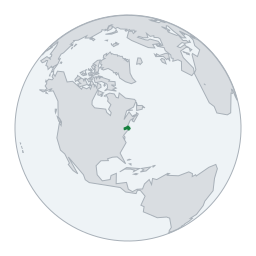 Massachusetts on an orthographic globe, rotated 336°
{"feature_id": "USA-3513", "entity_name": "Massachusetts", "entity_type": "State", "adm_level": 1, "iso_a3": "USA", "parent_name": "United States of America", "parent_adm1": "", "projection": "orthographic", "projection_center": [-70.926, 42.063], "detail": "fine", "context": "on_globe", "style": "filled", "palette": "green", "viewbox_px": 256, "rotation_deg": 336, "n_neighbors": 0, "source": "natural_earth", "source_scale": "10m", "svg_char_len": 10518}
<svg xmlns="http://www.w3.org/2000/svg" viewBox="0 0 256 256"><g transform="rotate(336 128 128)"><circle cx="128" cy="128" r="113" fill="#eef3f6" stroke="#a8b0b8"/><path d="M122.8,240.5L123.7,240.5L121.6,240.4L125.4,240.1L123.1,240.2L123.8,238.6L127.1,236.5L129.4,227.3L127.0,225.0L118.3,221.9L107.9,210.8L110.7,206.4L108.4,203.8L115.9,197.2L113.9,190.0L111.3,188.7L108.7,191.2L99.8,185.5L96.7,179.2L70.4,162.1L67.9,157.9L68.3,152.6L61.7,130.2L63.5,149.4L60.5,144.5L58.6,137.0L60.2,136.3L59.7,126.0L57.3,120.7L59.0,108.1L67.4,95.4L67.9,98.6L69.8,95.4L69.4,91.3L68.7,89.5L74.9,75.0L74.8,63.7L71.0,62.4L74.8,61.1L65.1,60.5L62.6,57.0L67.7,59.7L70.0,59.0L69.4,55.9L71.7,54.5L72.7,52.3L75.4,51.1L78.2,53.1L80.0,52.4L79.5,50.3L82.0,47.9L82.4,51.1L86.7,47.4L92.1,50.6L91.1,61.2L96.4,62.8L101.4,73.7L103.2,72.0L106.2,75.4L109.5,74.8L109.5,77.2L112.1,74.7L111.5,72.6L112.4,70.8L114.2,70.3L114.6,73.3L113.7,73.9L114.8,74.6L114.1,76.3L115.5,75.2L115.7,79.0L118.2,74.6L120.7,77.1L120.0,79.8L116.5,80.3L106.3,88.6L104.6,92.0L105.7,96.0L115.3,101.7L114.9,105.2L117.0,109.5L118.9,107.1L117.9,102.9L121.9,99.7L120.3,95.2L121.7,93.3L121.5,88.7L125.4,88.7L129.3,91.3L129.7,95.3L131.4,96.6L134.2,92.5L137.9,99.7L145.6,104.5L146.2,106.6L141.6,111.1L133.7,111.8L127.8,118.7L135.5,113.7L136.8,119.5L138.6,120.3L140.8,119.8L141.9,117.4L143.1,119.4L135.9,124.8L134.7,123.1L137.0,121.3L133.2,121.8L128.4,126.0L129.4,128.8L121.0,132.9L121.6,135.0L120.2,137.3L119.7,133.5L120.3,140.6L110.6,147.7L111.3,159.7L106.4,150.0L102.1,148.4L96.8,147.8L96.8,149.8L89.9,146.9L83.5,149.5L80.8,158.2L83.0,165.8L90.7,167.8L93.2,164.5L98.9,164.7L94.5,174.1L104.5,177.1L103.4,184.1L106.2,188.0L111.3,187.6L116.5,189.6L120.3,185.8L126.4,183.7L126.5,189.3L129.9,184.1L133.3,186.8L145.4,185.7L144.5,187.1L154.7,192.2L165.7,192.8L168.3,195.9L166.9,198.5L170.8,198.2L170.8,199.6L185.9,196.8L193.4,197.0L193.1,201.5L186.6,209.1L180.2,219.9L168.4,226.1L165.1,229.5L155.4,234.8L148.2,235.8L150.0,236.7L145.8,238.0L141.1,238.6L140.1,239.2L136.6,239.5L138.8,239.7L133.0,240.4L134.3,240.5L122.8,240.5ZM21.9,107.4L22.7,105.3L22.4,107.7L21.9,107.4ZM23.1,103.3L22.9,104.2L23.1,103.3L23.1,103.3ZM23.2,102.2L23.2,103.0L23.1,102.3L23.2,102.2ZM23.2,101.0L23.2,101.6L23.2,101.0ZM110.6,163.6L122.0,169.7L115.4,170.1L116.7,169.1L113.8,166.7L108.4,164.2L102.6,164.7L110.6,163.6ZM23.5,98.6L23.6,98.0L23.8,98.3L23.5,98.6ZM115.9,157.6L113.9,157.0L115.9,157.1L115.9,157.6ZM68.0,88.9L69.2,91.4L68.7,95.7L67.5,93.7L68.0,88.9ZM69.2,81.2L70.4,81.8L68.0,84.9L68.1,83.6L69.2,81.2ZM67.8,61.9L68.3,63.6L67.0,62.5L67.8,61.9ZM72.4,52.3L71.5,52.3L72.4,51.2L72.4,52.3ZM119.3,89.1L120.4,88.9L119.9,89.9L119.3,89.1ZM118.3,87.3L116.9,88.5L116.2,87.9L117.1,87.1L118.3,87.3ZM77.4,48.4L79.1,46.7L77.8,48.7L77.4,48.4ZM120.0,86.0L115.1,86.5L113.9,85.4L116.1,81.7L120.0,86.0ZM80.4,46.0L84.6,42.2L83.0,41.8L89.8,41.1L84.0,44.4L82.7,46.8L82.1,45.6L80.4,46.0ZM110.5,72.1L111.2,74.3L108.9,73.0L110.5,72.1ZM108.7,71.7L100.2,70.6L100.0,67.3L102.9,68.2L101.3,64.5L105.4,63.4L107.2,65.2L106.5,67.5L108.6,65.4L108.7,71.7ZM92.9,41.4L94.3,40.9L93.3,41.9L92.9,41.4ZM112.6,70.0L110.9,70.0L110.6,67.1L114.0,66.6L113.0,67.7L112.6,70.0ZM98.9,64.1L99.3,62.0L102.7,60.5L103.3,59.5L105.5,63.1L98.9,64.1ZM114.0,68.1L115.7,66.5L117.5,67.4L114.2,69.8L114.0,68.1ZM109.1,66.6L109.1,65.2L110.2,65.8L109.1,66.6ZM124.9,70.3L122.9,70.2L122.6,68.6L124.9,70.3ZM116.2,65.8L115.6,65.5L115.2,64.9L116.7,64.1L116.2,65.8ZM107.8,61.9L109.1,61.8L107.1,60.3L109.5,59.3L110.6,61.9L111.2,60.4L111.9,60.0L111.9,62.6L107.8,61.9ZM117.1,61.6L119.2,64.8L123.1,65.3L123.5,66.6L117.2,65.7L117.1,61.6ZM114.0,61.9L116.0,62.0L115.5,63.5L113.8,64.5L114.0,61.9ZM110.9,57.7L106.8,58.6L106.7,58.0L110.9,57.7ZM118.3,61.4L117.8,60.6L118.7,61.2L118.3,61.4ZM113.3,58.4L111.9,58.8L111.8,58.1L113.3,58.4ZM117.9,58.8L118.6,59.8L117.5,60.5L117.9,58.8ZM115.9,58.4L116.1,57.4L116.7,60.1L115.2,58.7L115.9,58.4ZM113.5,57.7L113.0,57.4L114.1,57.7L113.5,57.7ZM121.7,56.0L122.6,59.3L120.2,60.6L119.6,57.2L121.7,56.0ZM211.5,52.4L213.4,54.6L213.8,55.0L220.5,63.7L226.3,73.0L223.8,70.8L222.4,69.0L222.3,68.9L222.1,68.7L224.4,72.1L223.1,71.3L227.4,75.3L229.0,78.1L232.2,85.3L235.0,92.7L237.2,100.3L238.8,108.0L240.0,115.8L240.6,123.7L240.6,131.5L240.1,139.4L239.0,147.2L238.8,143.1L239.0,135.7L238.3,134.8L237.4,138.9L236.3,138.0L235.4,140.0L228.0,155.9L224.1,156.4L215.3,150.4L215.5,143.4L212.5,138.0L210.8,105.0L213.8,102.2L216.3,87.2L217.2,86.2L220.5,91.0L225.3,85.8L222.5,79.9L223.3,74.0L221.4,68.6L214.4,60.3L217.4,69.1L214.3,67.7L209.0,58.0L205.9,51.0L204.6,50.2L203.6,52.5L199.8,49.0L202.9,53.3L203.9,53.0L205.9,55.7L205.0,56.3L203.7,54.9L203.8,56.8L210.0,63.1L211.7,63.5L213.8,70.4L216.8,71.7L218.5,74.7L214.0,73.6L212.1,71.9L206.2,73.6L208.4,75.9L214.1,74.7L213.7,76.0L216.7,79.6L214.1,77.9L207.3,79.1L207.1,86.1L212.2,100.0L211.0,104.2L207.6,106.1L200.4,97.2L203.9,88.9L201.4,86.0L196.1,85.2L197.6,82.8L195.9,81.6L196.8,78.6L193.5,72.4L193.7,69.3L188.1,65.3L187.5,63.2L191.0,66.1L193.5,66.6L193.5,59.5L192.3,57.7L188.6,55.8L189.1,54.2L185.5,53.3L183.4,49.0L183.0,53.6L178.8,51.9L175.1,48.6L173.6,49.0L179.6,54.4L182.0,55.9L184.2,55.7L190.7,60.9L191.7,63.8L184.6,61.8L185.1,65.8L179.3,62.8L166.9,49.5L163.9,45.0L168.0,39.9L171.2,41.5L171.3,43.9L175.2,42.7L173.0,42.3L173.4,41.1L169.4,39.5L169.5,38.7L165.5,38.8L165.1,37.6L167.7,37.5L161.4,34.5L159.5,32.0L158.1,31.8L157.1,32.3L155.3,29.0L154.3,29.0L154.5,30.1L152.7,30.8L148.7,30.9L148.4,29.8L149.7,29.6L152.0,27.6L155.7,27.5L155.2,27.0L151.9,26.9L149.1,29.3L146.8,29.7L147.7,28.3L147.2,28.9L145.9,28.8L144.3,27.6L143.2,29.1L130.0,30.3L125.6,28.5L127.8,27.0L118.2,27.5L114.0,26.0L114.2,26.9L109.7,28.1L110.9,28.6L110.7,29.1L99.7,33.1L96.9,33.3L92.4,36.6L92.5,37.1L94.3,37.1L89.8,41.1L83.0,41.8L83.1,40.5L78.8,42.0L79.7,39.0L78.4,37.5L82.0,33.7L80.7,33.0L79.1,33.7L76.2,33.5L75.6,31.1L83.0,29.8L85.3,34.0L84.9,31.9L87.1,31.5L88.2,30.2L87.8,28.9L86.5,29.3L96.3,23.8L99.4,20.6L94.2,22.3L91.1,22.8L90.1,22.0L92.6,21.1L100.4,18.8L108.3,17.1L116.4,16.0L124.5,15.4L132.6,15.5L140.7,16.1L148.8,17.3L156.7,19.1L164.5,21.4L172.1,24.3L179.5,27.8L186.5,31.8L193.3,36.2L199.8,41.2L205.9,46.6L211.5,52.4ZM215.3,118.4L216.3,120.3L215.3,118.4ZM205.2,47.0L201.6,43.1L198.7,41.5L197.1,40.0L196.7,40.1L198.5,41.4L196.9,41.6L193.8,38.9L191.9,38.2L193.0,39.5L199.1,44.4L201.4,44.0L204.2,46.4L205.2,47.0ZM145.8,185.6L147.2,186.5L145.3,186.7L145.8,185.6ZM114.4,172.5L116.9,172.8L118.1,173.8L116.3,174.0L114.4,172.5ZM135.1,172.8L137.9,173.2L135.0,173.9L135.1,172.8ZM123.8,170.4L132.9,172.8L127.1,174.6L121.4,173.2L125.4,172.7L123.8,170.4ZM114.7,161.3L116.2,161.8L115.7,163.0L114.7,161.3ZM117.3,157.7L116.7,157.7L116.0,156.7L117.3,157.7ZM137.2,119.1L137.8,118.8L140.0,118.8L139.0,119.8L137.2,119.1ZM150.0,113.1L151.7,116.5L149.7,114.7L148.6,116.6L143.1,115.5L146.2,107.7L145.7,111.3L150.0,113.1ZM136.5,112.2L139.7,113.6L136.1,112.4L136.5,112.2ZM185.6,78.7L187.3,78.2L189.2,80.3L188.9,84.9L186.2,81.9L185.6,78.7ZM189.4,77.0L182.4,74.1L182.3,71.4L183.6,73.3L184.2,71.8L186.4,74.6L193.1,75.1L195.1,77.0L193.5,84.1L192.9,80.6L191.2,81.3L189.4,77.0ZM164.8,73.9L161.8,73.2L165.5,68.0L167.9,69.3L167.8,73.8L164.8,75.0L164.8,73.9ZM124.8,79.6L123.4,80.2L123.3,79.3L124.4,78.1L124.8,79.6ZM124.0,70.4L130.8,76.6L129.5,77.4L135.0,80.4L133.8,83.9L130.3,81.8L133.5,86.8L129.9,86.4L132.4,89.6L124.7,84.6L121.6,84.6L125.5,83.2L126.7,80.0L126.2,78.6L122.7,74.7L116.5,73.3L116.7,70.1L118.4,68.2L119.9,68.0L119.3,70.1L121.8,68.4L122.1,71.3L124.0,70.4ZM138.9,51.2L137.6,53.1L142.6,51.3L142.9,53.7L143.5,53.4L145.1,55.2L148.1,56.9L147.7,58.0L149.1,58.2L150.2,59.5L151.9,60.2L151.8,62.6L153.9,63.6L152.6,64.2L156.2,65.4L153.5,65.6L154.7,67.5L156.7,66.3L152.2,78.8L152.4,84.2L154.0,88.9L149.1,88.9L144.5,84.7L140.7,78.9L141.3,73.8L139.0,74.9L138.6,72.8L140.5,72.8L137.2,71.6L137.4,69.9L134.0,65.5L129.1,65.0L127.8,63.5L129.8,62.8L127.0,61.8L129.9,59.6L129.0,58.6L130.9,55.5L135.3,55.1L133.9,53.9L135.3,51.7L138.9,51.2ZM122.4,55.2L127.6,53.8L130.3,54.6L125.8,59.7L126.3,61.0L123.5,64.6L119.6,63.4L120.8,62.5L121.0,61.3L122.1,62.1L121.3,60.6L122.9,59.3L122.7,57.9L124.5,57.8L122.4,55.2ZM216.0,83.1L216.3,82.0L216.3,79.9L218.2,82.3L216.0,83.1ZM211.5,84.0L211.5,82.6L214.1,84.7L213.8,86.0L211.5,84.0ZM209.2,80.2L211.3,82.4L210.0,82.0L209.2,80.2ZM190.7,64.9L190.4,63.5L191.2,63.7L192.4,65.0L190.7,64.9ZM153.7,47.2L152.5,47.9L151.9,47.5L148.0,47.8L147.4,46.1L149.6,45.3L153.7,47.2ZM216.2,62.9L218.0,65.6L217.7,65.8L217.2,64.8L216.2,62.9ZM219.2,74.3L219.6,72.4L219.7,74.9L219.2,74.3ZM152.4,45.4L150.9,45.7L151.6,44.7L152.4,45.4ZM146.8,44.9L147.2,43.7L146.9,45.9L146.8,44.9ZM145.5,33.2L151.5,34.5L155.5,34.8L157.1,33.6L157.4,36.0L151.3,35.6L145.5,33.2ZM131.9,30.7L130.5,32.0L129.4,31.3L129.6,30.9L131.9,30.7ZM132.3,31.6L133.8,33.5L131.9,34.2L131.1,32.5L132.3,31.6ZM143.4,38.9L145.2,39.4L144.6,40.1L143.4,38.9ZM84.9,23.9L85.2,23.9L80.4,26.0L79.2,26.5L80.6,25.8L84.9,23.9ZM83.9,24.6L86.2,23.6L91.7,23.0L91.7,23.4L85.0,24.6L86.8,23.9L86.3,23.8L83.9,24.6ZM93.8,40.4L94.2,40.9L93.0,40.9L93.8,40.4ZM111.5,29.3L110.9,30.1L109.6,30.0L111.5,29.3ZM108.7,32.2L110.6,31.7L108.7,32.7L108.7,32.2ZM115.0,30.8L111.5,31.8L114.6,30.2L115.0,30.8Z" fill="#d9dde1" stroke="#a8b0b8" stroke-width="1"/><path d="M127.6,128.8L127.6,128.7L127.4,128.6L127.4,128.4L127.3,128.1L126.7,128.1L125.6,128.0L125.3,128.0L125.2,128.0L124.3,128.0L124.2,127.9L124.6,126.6L124.9,126.6L125.0,126.6L127.4,126.7L127.5,126.7L127.8,126.5L127.9,126.4L128.0,126.4L128.2,126.5L128.3,126.8L128.2,126.8L128.3,126.8L128.5,126.8L128.4,126.9L128.3,127.0L128.2,127.0L128.0,127.3L128.0,127.2L127.9,127.3L128.0,127.4L127.9,127.4L127.9,127.5L128.0,127.6L127.9,127.6L128.0,127.6L128.3,127.7L128.3,127.8L128.4,128.0L128.5,128.1L128.4,128.1L128.5,128.1L128.4,128.0L128.5,128.2L128.6,128.3L128.6,128.5L128.8,128.6L129.0,128.6L128.9,128.6L129.0,128.7L129.3,128.6L129.3,128.4L129.3,128.2L129.3,128.3L129.2,128.1L129.3,128.0L129.4,128.4L129.5,128.4L129.4,128.4L129.4,128.5L129.5,128.5L129.4,128.8L129.4,128.7L129.2,128.8L128.9,128.8L128.7,128.8L128.7,129.0L128.4,129.1L128.4,128.8L128.4,128.7L128.3,128.8L128.2,128.8L128.0,129.0L127.9,129.0L127.7,129.0L127.7,128.9L127.6,128.8ZM128.5,129.2L128.5,129.3L128.4,129.4L128.2,129.5L128.1,129.4L128.3,129.4L128.3,129.2L128.5,129.2L128.5,129.2ZM129.3,129.3L129.4,129.5L129.2,129.6L129.3,129.5L129.3,129.4L129.3,129.5L129.3,129.4L129.3,129.3ZM128.2,129.1L128.3,129.1L128.2,129.2L128.2,129.1ZM128.6,129.3L128.7,129.2L128.7,129.3L128.6,129.3ZM129.4,128.8L129.4,129.0L129.4,128.8L129.4,128.8ZM128.1,129.2L128.1,129.3L128.0,129.2L128.1,129.2Z" fill="#22c55e" stroke="#15803d" stroke-width="1.5"/></g></svg>